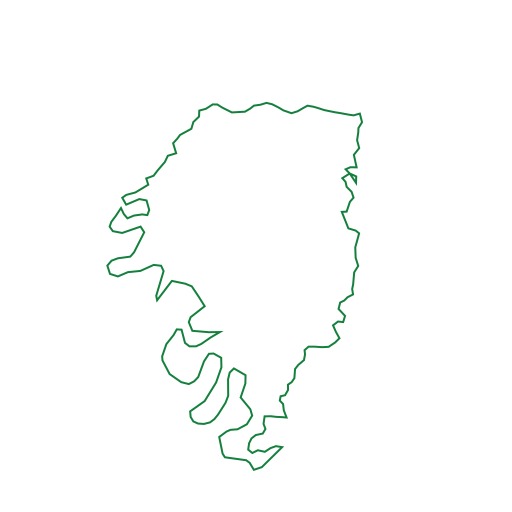 Vitória das Missões, Rio Grande do Sul, Brazil (Robinson projection), rotated 219°
{"feature_id": "56859067B15655627874316", "entity_name": "Vitória das Missões", "entity_type": "district", "adm_level": 2, "iso_a3": "BRA", "parent_name": "Brazil", "parent_adm1": "Rio Grande do Sul", "projection": "robinson", "projection_center": [-54.476, -28.38], "detail": "fine", "context": "isolated", "style": "outline", "palette": "green", "viewbox_px": 512, "rotation_deg": 219, "n_neighbors": 0, "source": "geoboundaries", "source_scale": "gbopen_adm2", "svg_char_len": 2770}
<svg xmlns="http://www.w3.org/2000/svg" viewBox="0 0 512 512"><g transform="rotate(219 256 256)"><path d="M142.4,231.1L140.1,238.5L139.4,244.6L146.3,247.4L152.5,250.6L151.0,256.7L146.7,259.5L149.1,265.5L158.5,266.8L161.3,272.8L159.4,276.9L158.9,281.6L156.4,287.2L160.5,290.9L162.6,295.0L169.4,305.1L170.3,312.6L177.4,317.3L184.3,325.2L186.6,330.5L190.1,338.5L194.5,338.5L201.6,335.6L217.1,344.3L213.5,347.5L217.1,357.2L216.9,362.7L222.0,366.0L229.1,366.8L233.1,370.0L237.9,370.8L235.1,379.1L240.9,379.8L238.5,384.4L233.6,388.2L243.6,396.2L243.7,404.8L250.3,409.6L254.3,416.4L256.9,419.9L257.8,426.7L264.9,432.0L268.7,426.7L272.9,424.2L279.7,420.5L285.3,417.3L289.3,415.2L294.9,412.3L300.7,410.1L305.4,408.1L310.6,405.2L312.7,400.0L314.7,394.7L318.3,389.3L326.4,386.4L332.0,385.6L338.9,384.1L344.2,381.6L347.8,376.3L352.2,371.6L353.3,366.8L355.4,361.2L365.1,352.4L375.6,350.1L381.4,349.4L385.0,346.6L387.6,338.8L391.6,333.3L388.0,328.5L389.0,320.7L386.3,314.2L391.2,302.3L391.0,297.7L391.4,291.5L382.7,285.6L387.6,278.4L386.0,271.8L386.3,260.4L386.1,253.9L390.1,247.2L384.6,243.6L389.7,229.5L395.3,221.8L396.6,217.1L389.2,214.2L382.5,226.8L376.0,230.3L367.9,224.5L366.2,219.4L370.6,216.7L376.3,210.6L379.6,204.4L385.1,205.4L391.1,208.3L390.2,199.1L389.9,191.4L388.2,186.7L382.9,185.2L374.5,189.7L364.2,206.2L357.8,204.1L353.1,182.2L353.3,176.4L361.9,167.3L365.3,161.5L365.5,155.0L358.2,150.2L350.5,153.2L345.4,162.8L336.5,171.6L329.9,184.7L323.6,188.7L318.3,186.1L308.5,162.3L305.0,159.4L305.7,183.7L293.5,190.0L286.8,192.0L275.2,188.4L264.3,184.7L268.3,167.3L266.6,162.3L258.4,157.8L244.7,167.1L236.2,174.2L240.0,164.1L243.2,153.2L245.8,148.0L250.9,143.9L256.5,143.8L267.5,151.9L271.4,149.1L270.3,142.7L270.2,131.1L265.8,119.0L263.0,116.0L248.8,109.9L234.7,110.9L227.6,114.2L225.2,119.7L224.7,125.5L230.1,141.4L231.0,150.4L227.6,153.5L219.0,155.0L212.8,147.7L207.4,132.6L204.6,110.9L209.4,93.8L205.5,89.8L200.6,88.0L195.6,89.3L190.7,92.8L187.0,97.8L185.7,103.0L185.7,108.9L187.3,122.7L189.6,129.8L200.1,142.6L203.1,148.9L202.4,154.7L189.1,156.8L184.0,150.2L178.9,136.4L163.9,133.3L158.5,129.5L157.2,119.5L161.3,109.7L166.4,104.9L168.4,101.1L170.7,92.2L157.6,81.4L153.5,80.0L135.1,91.1L130.8,91.3L123.1,88.5L118.6,95.6L115.4,123.9L120.8,120.8L123.8,115.9L125.9,109.4L132.3,106.2L134.9,100.6L140.2,100.6L143.5,106.1L144.7,111.4L143.5,116.7L139.0,122.3L139.8,127.5L144.5,130.3L148.4,136.8L143.5,140.9L139.2,143.6L134.3,147.2L130.6,149.7L137.2,153.5L141.8,158.0L146.5,158.6L148.6,162.5L145.8,166.1L146.8,172.1L150.2,176.1L148.9,180.4L149.3,185.2L151.7,188.7L154.5,192.7L154.6,198.0L153.2,205.3L156.0,210.4L159.0,213.4L158.1,218.6L153.4,222.4L147.2,226.8L142.4,231.1ZM235.1,379.1L224.3,375.8L228.2,380.9L235.1,379.1Z" fill="none" stroke="#15803d" stroke-width="2"/></g></svg>